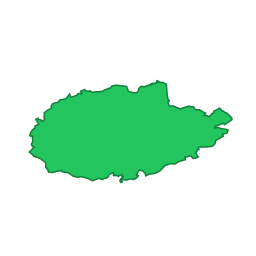 Kursīšu pag., Saldus, Latvia, rotated 340°
{"feature_id": "27541924B12564645513148", "entity_name": "Kursīšu pag.", "entity_type": "district", "adm_level": 2, "iso_a3": "LVA", "parent_name": "Latvia", "parent_adm1": "Saldus", "projection": "equal_earth", "projection_center": [22.408, 56.518], "detail": "fine", "context": "isolated", "style": "filled", "palette": "green", "viewbox_px": 256, "rotation_deg": 340, "n_neighbors": 0, "source": "geoboundaries", "source_scale": "gbopen_adm2", "svg_char_len": 5525}
<svg xmlns="http://www.w3.org/2000/svg" viewBox="0 0 256 256"><g transform="rotate(340 128 128)"><path d="M86.5,167.8L86.6,167.7L88.6,167.1L88.9,167.2L89.8,167.8L93.0,167.1L93.7,165.7L94.5,165.3L95.3,165.2L97.2,165.0L97.7,165.1L97.8,165.1L99.0,164.9L98.6,166.5L98.9,167.0L98.1,167.6L98.3,167.9L99.8,167.8L99.8,168.4L100.7,168.4L101.6,169.3L101.8,169.7L102.5,170.2L103.4,169.8L104.4,169.6L105.0,169.7L106.0,169.8L105.7,170.2L105.6,171.2L107.0,171.7L106.9,172.3L104.6,173.1L103.7,173.4L102.3,174.9L102.4,175.6L102.5,175.6L102.7,176.8L104.2,176.8L104.0,175.4L105.1,174.1L105.8,175.0L108.6,176.4L113.5,176.7L115.1,178.2L118.2,178.1L118.3,177.7L119.3,177.6L120.2,177.2L120.7,177.1L120.8,176.4L121.0,176.3L120.0,175.8L120.0,175.2L120.1,174.5L120.6,174.8L122.8,172.2L124.4,171.6L127.1,173.2L127.5,173.7L127.6,174.4L128.4,176.1L128.5,176.8L128.6,177.4L128.5,178.1L128.4,178.1L128.4,179.1L131.0,178.7L132.1,178.5L133.6,179.0L136.1,179.5L137.0,179.8L139.2,179.7L140.7,179.7L143.4,179.2L144.1,178.9L145.5,178.2L146.3,177.9L146.1,177.7L150.5,175.8L150.6,176.0L151.5,176.0L155.0,176.0L155.5,176.1L160.2,178.0L163.9,176.9L171.0,177.4L171.8,174.6L173.6,175.4L175.4,175.1L177.7,175.9L178.6,179.0L178.6,178.9L179.7,179.1L181.8,179.5L184.2,179.1L183.6,178.4L183.4,175.1L183.0,174.8L184.9,173.3L185.9,172.0L187.3,172.5L187.2,171.2L188.1,170.2L191.2,171.2L192.6,171.9L200.7,174.0L201.2,173.8L203.6,173.1L204.1,172.5L204.7,172.1L206.3,169.7L209.1,169.2L209.8,169.2L211.4,169.0L212.0,168.8L212.1,168.7L214.8,168.3L214.4,166.3L219.4,166.5L221.0,164.6L221.5,164.2L220.8,163.8L219.0,162.3L217.9,161.8L217.0,161.3L216.5,161.2L216.2,161.1L216.2,160.9L214.5,159.8L213.4,158.8L212.7,158.3L212.2,158.1L210.8,157.7L210.7,157.7L210.6,157.9L210.2,157.8L209.8,157.9L209.7,157.7L210.0,157.6L210.1,157.4L210.5,157.4L210.4,157.3L210.2,157.2L210.0,157.3L210.0,157.2L210.1,156.9L210.4,156.5L210.4,156.4L210.5,156.3L210.5,156.2L217.7,156.3L219.1,156.3L219.7,157.1L219.9,157.8L228.5,155.8L229.0,154.6L228.6,153.7L228.2,152.2L226.9,149.7L226.2,148.1L225.8,147.6L224.0,146.1L223.8,145.1L223.4,144.6L223.2,144.5L222.8,144.4L222.0,144.1L222.1,143.6L222.0,143.2L221.6,142.1L221.4,141.4L221.1,141.1L220.7,140.8L220.0,140.5L219.1,141.1L217.0,141.3L215.8,141.5L214.5,141.5L214.1,142.1L213.6,142.7L213.6,142.8L213.5,143.2L213.2,143.3L211.7,143.1L210.2,144.2L208.1,145.2L207.2,144.2L206.1,143.0L205.7,142.8L205.4,142.7L203.8,142.2L206.0,140.5L204.9,139.5L203.3,137.6L203.1,137.3L201.5,135.4L197.4,133.7L196.8,130.4L194.2,129.6L193.2,128.8L193.0,128.3L188.2,128.0L183.1,127.8L183.0,127.7L182.5,126.8L182.2,126.4L181.2,125.9L180.7,125.3L179.7,124.4L179.5,124.1L178.1,122.8L177.4,122.3L176.5,122.3L175.8,122.3L175.3,121.8L174.5,121.3L174.2,118.8L174.7,116.7L175.3,116.9L176.1,116.7L175.4,113.9L176.1,111.1L176.5,109.1L176.7,108.5L176.8,107.8L177.5,105.7L177.9,103.9L178.2,102.7L178.9,100.2L178.8,99.6L177.8,98.7L176.6,97.2L174.4,96.5L171.5,93.4L170.8,93.9L170.9,94.2L171.3,95.3L170.9,95.3L170.7,95.4L170.4,95.2L170.0,95.3L169.3,95.2L169.0,95.3L167.9,94.8L167.1,94.9L166.8,94.9L166.3,94.4L166.0,94.9L165.7,94.6L165.4,94.4L165.1,94.4L164.9,94.7L165.1,95.0L164.8,95.3L164.4,95.6L163.8,94.7L161.9,94.9L159.2,94.8L158.6,94.9L158.3,94.9L158.2,94.9L157.8,94.9L157.2,94.5L156.6,94.5L156.1,94.1L155.6,93.7L155.2,93.7L154.9,93.6L154.6,93.5L154.3,93.4L154.1,93.4L153.9,93.8L153.7,93.7L153.2,93.9L153.1,94.1L152.8,94.1L151.9,94.4L151.3,95.2L150.5,96.3L149.4,97.4L147.5,97.7L146.7,97.5L145.5,96.8L141.0,93.9L140.9,88.5L131.2,83.5L129.8,83.5L127.5,83.0L124.4,84.7L123.8,84.1L123.4,84.3L122.6,84.1L121.5,84.3L121.1,84.3L120.0,84.1L119.7,84.1L118.7,84.3L117.9,84.6L116.3,84.6L115.0,84.6L114.8,84.5L114.2,84.1L112.7,84.0L111.1,83.2L108.4,82.6L107.2,82.3L106.7,82.1L106.3,81.8L105.7,81.0L105.6,80.8L105.5,80.6L105.2,80.3L104.9,80.1L104.5,80.0L103.8,79.9L102.5,79.7L101.1,78.6L100.5,77.0L96.0,77.3L96.7,79.9L95.8,80.2L95.2,79.2L92.7,78.6L91.7,79.7L84.9,79.8L84.8,76.2L83.6,76.9L82.9,77.3L81.1,78.5L80.9,78.5L78.9,79.5L77.9,78.8L76.3,78.9L75.0,78.7L74.1,78.3L73.3,78.4L72.5,78.8L72.4,79.2L71.1,80.0L70.4,79.8L66.1,79.3L64.7,80.0L63.2,81.4L62.8,83.3L58.3,83.8L54.4,85.1L54.1,86.9L53.1,88.2L52.9,89.1L52.7,89.6L52.9,90.9L52.2,91.3L51.3,92.2L51.0,92.3L49.2,92.4L49.3,91.0L46.6,89.1L46.8,88.1L44.3,88.3L45.4,93.9L41.3,94.3L41.4,94.8L41.4,95.6L37.5,97.2L36.3,97.9L35.7,98.4L33.4,100.8L33.3,101.6L33.6,101.7L33.8,101.8L33.7,102.4L33.8,102.5L34.1,102.4L34.4,102.3L34.7,102.6L34.8,102.9L35.0,102.9L35.2,102.7L35.3,102.7L35.5,102.9L35.6,103.1L35.2,104.3L34.7,104.7L34.3,106.8L34.0,107.6L33.9,107.9L33.6,108.2L33.6,108.3L33.4,108.8L33.1,109.1L32.5,109.4L32.4,109.7L31.9,110.0L31.7,110.3L31.5,111.5L31.9,112.0L32.1,112.7L32.9,113.6L33.3,114.0L32.4,114.4L31.5,114.6L31.0,114.9L29.5,115.7L27.0,116.8L27.4,117.6L27.5,117.8L27.8,118.1L28.1,118.7L28.3,118.9L28.3,119.0L29.1,120.1L29.4,121.3L29.6,122.4L29.9,122.6L31.4,122.9L31.2,123.4L31.2,123.5L31.4,123.8L32.0,124.3L33.2,125.0L33.6,125.4L34.9,126.3L37.9,131.0L38.7,132.4L38.1,134.5L37.2,136.7L37.6,137.3L37.9,137.6L38.0,138.1L37.7,138.7L38.1,139.3L38.5,140.9L38.4,140.9L38.5,140.9L38.4,141.3L38.3,142.3L41.2,143.8L41.3,143.9L43.6,144.2L44.8,144.3L50.6,145.0L50.4,145.8L50.8,146.3L51.8,147.0L56.1,149.4L56.6,149.9L57.1,150.3L57.5,151.0L58.5,152.2L59.2,153.4L60.0,154.5L61.9,155.8L62.6,156.3L64.0,157.2L65.5,157.3L67.5,157.8L68.7,158.5L69.8,159.4L72.7,161.4L74.5,163.0L76.1,165.1L78.2,165.6L78.9,165.5L79.6,165.2L79.9,165.2L80.7,165.4L81.4,165.4L81.9,165.2L82.2,165.3L83.1,165.3L86.3,167.6L86.5,167.8Z" fill="#22c55e" stroke="#15803d" stroke-width="1.5"/></g></svg>